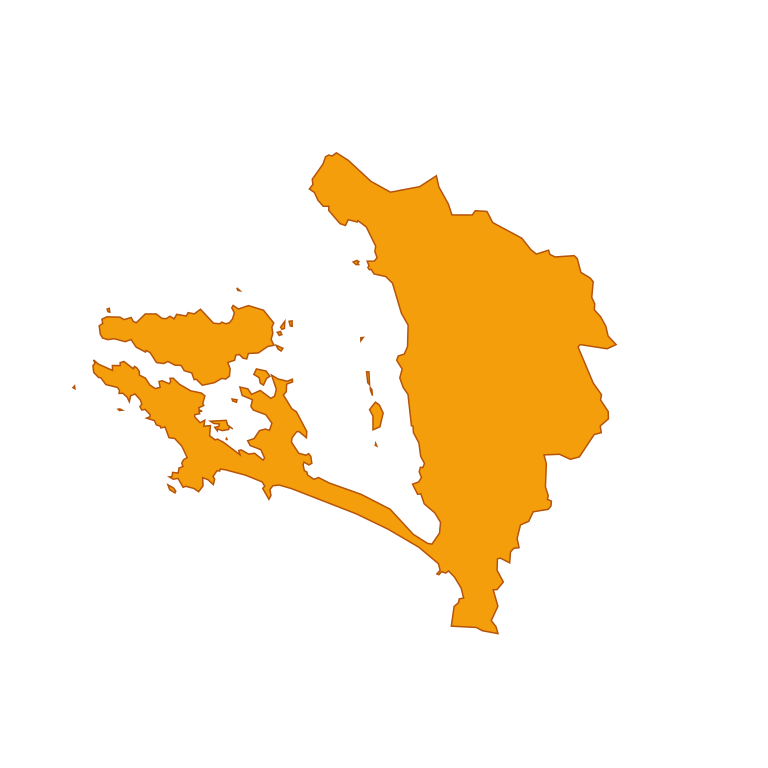 the district of Van Ninh, Khánh Hòa, Vietnam, rotated 133°
{"feature_id": "81297802B51561347842325", "entity_name": "Van Ninh", "entity_type": "district", "adm_level": 2, "iso_a3": "VNM", "parent_name": "Vietnam", "parent_adm1": "Khánh Hòa", "projection": "equal_earth", "projection_center": [109.333, 12.708], "detail": "fine", "context": "isolated", "style": "filled", "palette": "amber", "viewbox_px": 768, "rotation_deg": 133, "n_neighbors": 0, "source": "geoboundaries", "source_scale": "gbopen_adm2", "svg_char_len": 6191}
<svg xmlns="http://www.w3.org/2000/svg" viewBox="0 0 768 768"><g transform="rotate(133 384 384)"><path d="M447.4,161.7L443.1,174.3L434.5,181.8L432.0,180.2L429.1,170.1L420.5,177.0L415.6,177.0L411.6,173.6L406.2,181.3L394.0,188.1L385.8,184.5L375.7,187.7L363.6,178.4L359.3,178.7L355.5,181.7L356.9,185.8L353.7,187.7L349.1,195.8L331.6,210.9L326.7,218.6L315.7,207.7L312.0,196.4L304.1,191.4L277.6,195.8L271.4,191.9L267.3,197.2L256.4,196.1L251.2,201.3L248.0,214.7L243.5,217.6L240.6,231.7L224.6,267.3L221.4,267.4L206.1,244.9L196.9,241.1L196.1,252.8L190.5,261.1L187.1,271.4L186.3,280.7L181.7,284.5L179.0,291.1L166.5,300.8L165.9,305.7L168.1,316.1L160.5,328.2L160.5,332.5L174.4,345.5L176.1,351.0L173.9,354.9L185.1,361.2L185.6,368.3L183.4,382.6L191.8,414.6L187.6,426.4L195.0,435.4L200.2,434.7L214.0,449.6L208.4,459.9L202.5,478.2L196.0,487.7L215.3,492.5L239.3,510.1L244.7,531.7L244.8,562.8L247.4,576.5L252.8,577.5L254.2,580.6L257.7,581.7L264.9,578.6L283.2,576.1L286.6,572.1L292.3,571.6L291.4,565.4L294.6,557.8L295.5,549.7L291.7,545.6L294.8,542.7L296.7,525.6L294.4,520.3L288.2,522.2L283.8,514.0L282.3,514.5L281.2,504.1L288.9,484.0L293.4,481.0L296.3,475.2L300.8,474.9L305.6,480.1L307.7,475.7L309.8,475.2L310.4,472.6L308.9,471.4L310.3,466.4L304.2,455.9L304.5,446.5L320.4,419.5L324.5,406.5L340.6,392.3L348.3,389.6L353.8,392.7L358.0,390.9L360.7,380.9L368.8,376.6L373.4,367.7L375.3,359.3L395.8,335.5L395.1,333.9L399.5,329.3L403.3,318.3L412.0,307.7L414.5,300.2L418.6,298.6L420.1,300.6L424.2,298.4L426.9,292.8L432.1,291.9L437.8,294.8L441.7,284.2L439.2,282.1L444.2,272.9L443.6,258.9L446.6,248.3L455.2,241.7L468.4,239.7L470.9,243.5L474.0,260.1L471.4,294.1L480.3,325.5L493.7,356.4L497.1,368.1L501.5,370.2L502.7,377.8L501.0,380.3L501.7,383.2L498.3,388.0L495.7,389.2L494.4,383.7L491.2,382.7L486.9,388.1L486.3,391.6L489.3,392.5L492.8,399.1L489.6,412.1L485.9,414.6L478.5,415.3L476.8,413.8L476.2,404.1L471.4,408.1L464.1,429.0L465.0,434.5L460.6,450.2L456.3,450.2L450.5,455.1L444.8,452.3L443.0,454.3L448.0,456.7L452.6,465.0L454.2,472.3L461.3,459.1L467.5,455.7L471.7,457.0L473.1,470.1L481.9,473.8L480.4,480.2L484.5,487.3L489.1,479.9L485.2,469.5L491.2,466.0L492.2,461.9L487.1,449.5L489.1,439.3L496.0,436.1L497.8,440.0L503.0,443.3L512.5,441.8L518.5,445.0L520.3,439.9L516.0,429.3L519.6,420.8L522.2,420.6L522.9,431.4L527.6,435.2L529.5,443.4L531.7,444.9L534.0,441.0L536.1,461.5L537.9,468.3L540.0,469.3L540.8,476.2L532.8,482.6L537.8,486.9L532.7,490.4L537.7,492.1L537.2,500.0L535.4,501.5L531.5,498.5L530.2,500.7L528.0,498.4L528.9,501.5L527.6,503.3L522.7,501.1L521.8,503.3L514.8,506.9L515.2,511.5L520.8,520.7L523.7,533.4L523.5,542.1L525.8,544.4L527.8,541.5L530.3,541.3L532.9,548.4L535.6,550.3L539.1,545.4L543.4,548.2L544.4,554.7L542.4,562.5L544.3,568.9L541.6,571.6L540.8,575.8L541.3,578.5L543.8,577.8L544.9,589.6L548.4,591.5L550.5,589.5L555.7,595.3L559.2,591.8L564.3,606.6L564.4,612.8L566.1,609.5L569.1,609.4L573.5,604.2L573.9,597.3L572.6,595.3L574.1,587.0L568.3,576.5L569.1,573.1L571.6,571.3L568.9,568.8L568.8,562.8L570.7,558.1L565.3,561.3L561.1,559.2L561.8,551.3L564.0,547.4L567.1,547.0L568.2,543.4L565.5,541.4L565.9,534.3L567.5,532.8L570.9,534.4L567.3,526.9L569.2,522.6L567.4,519.0L568.3,517.3L564.8,514.7L569.9,504.6L566.6,499.9L567.4,489.4L572.0,477.8L576.1,478.9L579.8,478.0L581.5,474.8L585.3,476.6L589.5,473.8L592.8,478.3L596.3,475.9L598.4,477.7L597.4,473.2L593.5,470.2L596.6,460.5L594.0,459.2L590.1,451.9L589.2,446.1L581.9,446.9L576.2,452.7L574.0,447.4L574.0,440.2L569.1,442.9L568.3,445.9L561.4,447.0L559.6,444.8L557.9,445.8L555.0,441.6L545.3,423.5L538.7,406.4L540.1,401.5L543.1,401.5L546.8,389.5L542.7,390.6L538.9,395.5L534.2,395.9L529.3,391.6L523.5,380.1L497.9,315.8L487.4,282.0L479.6,247.1L478.3,221.6L482.0,215.9L486.8,215.8L486.0,213.8L482.1,213.9L480.1,209.9L476.7,209.3L477.1,200.9L480.6,188.5L486.2,179.8L489.8,182.4L493.1,180.4L498.9,181.0L515.2,169.6L499.2,150.6L497.3,143.7L488.8,130.4L485.1,136.6L483.9,144.2L468.9,149.1L460.0,163.8L457.3,161.1L447.4,161.7ZM435.8,494.6L430.8,490.9L428.3,497.0L422.7,499.9L418.9,504.8L414.6,506.2L412.2,522.4L419.1,536.6L428.4,541.6L429.4,547.9L432.1,547.3L434.0,542.0L439.6,539.2L444.6,538.8L447.9,540.9L449.4,544.9L451.8,545.0L455.8,550.2L454.5,569.2L462.1,570.6L465.4,575.9L469.1,574.9L474.4,583.1L479.5,581.9L480.4,586.7L484.7,587.8L487.5,591.2L488.1,598.4L495.6,606.4L508.1,606.9L509.2,610.1L507.8,614.3L514.2,618.0L515.2,622.7L523.9,632.5L529.0,634.5L531.6,631.0L535.7,632.0L541.1,625.4L542.3,621.2L540.0,616.3L534.9,612.2L529.5,602.1L524.0,599.3L526.1,590.4L523.3,580.2L521.8,580.9L520.5,576.5L523.5,565.0L519.3,559.1L514.9,557.4L512.8,549.7L508.8,545.1L510.5,539.2L507.0,532.1L510.3,525.9L508.6,524.5L508.8,516.0L498.6,508.9L490.5,506.4L488.4,503.2L483.7,502.4L477.9,506.8L474.8,512.9L468.6,509.5L463.9,512.0L461.1,509.9L461.3,504.8L459.3,501.5L454.2,504.0L447.0,497.1L435.8,494.6ZM418.1,357.8L405.8,364.8L402.5,373.2L403.1,377.9L412.6,377.1L415.0,370.2L425.0,360.8L418.1,357.8ZM467.0,471.4L459.9,473.7L456.2,472.7L454.9,479.1L460.0,487.6L465.8,485.7L464.5,479.7L467.8,474.9L467.0,471.4ZM520.6,468.1L520.0,463.9L520.7,470.3L518.2,474.6L529.6,485.6L528.9,481.5L525.5,477.2L527.7,475.9L531.1,478.3L531.9,473.9L530.3,474.9L528.4,470.5L523.2,466.6L520.6,468.1ZM605.1,473.3L607.5,468.6L606.2,462.6L604.4,463.2L603.6,467.0L605.1,473.3ZM387.0,405.1L394.1,396.8L394.4,394.0L385.4,403.3L387.0,405.1ZM413.0,498.4L413.6,496.0L411.3,494.7L405.8,499.3L413.0,498.4ZM315.7,485.8L313.9,484.0L313.5,485.9L311.7,485.7L312.0,488.0L315.8,489.8L315.7,485.8ZM419.0,497.3L419.9,493.7L417.5,492.4L416.2,495.6L419.0,497.3ZM430.1,481.8L426.8,482.3L429.3,489.4L430.7,485.2L430.1,481.8ZM402.9,496.2L405.5,492.0L404.4,490.5L400.5,494.3L402.9,496.2ZM499.6,483.1L498.0,479.5L495.8,480.7L498.6,484.9L499.6,483.1ZM518.1,637.6L519.4,635.2L518.4,633.5L516.0,636.6L518.1,637.6ZM396.0,391.5L397.7,389.8L400.4,384.5L396.3,389.2L396.0,391.5ZM583.8,561.3L583.9,559.5L581.6,557.5L582.4,560.2L583.8,561.3ZM414.1,557.2L415.2,554.7L414.0,552.9L414.1,557.2ZM598.8,609.0L598.3,606.8L596.4,609.0L598.8,609.0ZM366.0,432.5L368.1,430.5L364.1,430.9L366.0,432.5ZM433.1,349.6L434.8,348.5L434.3,347.0L433.1,349.6ZM531.1,462.1L531.9,462.0L531.9,460.4L531.1,462.1Z" fill="#f59e0b" stroke="#b45309" stroke-width="1.5"/></g></svg>